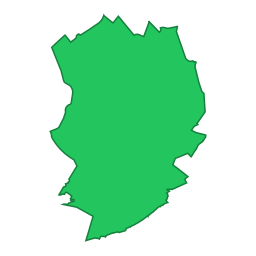 the district of Almelo, Overijssel, Netherlands
{"feature_id": "6326949B33573744184458", "entity_name": "Almelo", "entity_type": "district", "adm_level": 2, "iso_a3": "NLD", "parent_name": "Netherlands", "parent_adm1": "Overijssel", "projection": "orthographic", "projection_center": [6.653, 52.345], "detail": "fine", "context": "isolated", "style": "filled", "palette": "green", "viewbox_px": 256, "rotation_deg": 0, "n_neighbors": 0, "source": "geoboundaries", "source_scale": "gbopen_adm2", "svg_char_len": 5184}
<svg xmlns="http://www.w3.org/2000/svg" viewBox="0 0 256 256"><path d="M85.9,240.6L90.2,239.3L95.0,238.0L97.9,238.4L98.2,238.4L99.3,239.1L100.7,236.5L101.9,236.2L102.5,236.5L104.4,236.4L105.5,237.0L106.4,235.4L112.9,232.9L112.9,233.1L117.1,232.0L117.4,231.9L119.1,232.5L125.6,230.6L126.3,228.4L127.9,227.8L128.2,227.7L128.6,227.5L128.8,227.3L129.7,226.9L130.0,227.1L130.1,226.8L132.9,225.4L134.6,224.6L136.1,223.7L138.1,222.6L138.7,222.3L139.0,222.0L142.1,220.1L143.2,219.3L147.7,215.9L148.0,216.3L148.1,215.6L149.1,214.8L149.3,214.9L150.1,214.2L151.5,213.0L152.6,212.3L154.0,211.2L154.4,210.7L155.8,209.5L157.0,208.5L157.0,208.2L158.5,207.1L160.0,206.3L160.5,206.6L161.0,205.9L162.7,204.8L163.0,205.1L163.3,204.5L163.7,204.3L164.1,203.9L165.0,203.6L165.8,203.2L166.6,202.9L167.8,202.6L165.9,200.2L166.5,199.6L167.0,199.0L167.4,198.2L167.4,196.2L168.0,196.2L167.8,194.9L167.5,194.0L166.6,193.1L169.5,191.1L166.8,189.5L166.9,189.4L167.8,189.3L168.9,189.2L169.8,189.2L170.9,189.4L171.3,189.3L171.8,189.2L172.2,189.3L172.5,189.4L172.6,189.2L186.6,182.9L184.7,179.2L188.0,176.6L187.9,176.5L187.0,175.9L185.1,174.3L185.0,174.2L184.9,174.2L180.1,170.4L175.9,167.1L175.4,166.7L175.2,166.8L175.1,166.7L173.5,165.3L173.0,164.8L172.8,164.6L173.1,164.3L173.1,164.2L173.2,163.9L175.3,158.4L182.8,155.4L187.8,153.3L191.1,156.8L191.5,156.3L194.2,151.9L194.7,151.0L194.9,150.7L195.2,150.6L195.3,150.3L196.0,149.5L196.1,149.3L196.8,148.0L196.9,147.8L197.3,146.9L198.0,145.4L198.1,145.2L198.6,144.6L198.8,144.4L202.7,141.5L203.4,140.5L203.2,140.5L205.6,137.1L205.8,135.1L205.4,134.9L196.4,132.7L191.4,130.3L192.7,128.4L194.3,126.2L194.5,126.1L194.9,125.9L195.6,125.6L197.1,124.9L197.5,124.7L197.9,124.6L197.9,124.4L197.7,124.3L197.5,124.0L197.0,123.3L197.3,122.7L198.1,122.0L205.1,111.9L203.9,93.4L201.9,91.6L198.9,82.6L197.2,75.8L195.8,70.1L195.1,67.1L195.1,66.6L195.2,65.5L195.2,64.7L196.1,62.5L196.0,62.2L195.6,62.0L194.9,62.0L194.8,61.7L193.9,61.9L193.7,61.9L193.0,60.9L192.8,60.9L192.7,61.0L192.1,61.0L191.7,61.2L191.5,61.3L190.4,61.3L189.3,61.2L188.2,60.6L187.9,60.6L186.1,58.9L185.8,58.7L184.3,54.3L183.9,53.3L182.1,47.9L180.0,42.1L176.9,33.0L176.4,31.5L177.4,26.5L176.8,26.5L175.4,26.9L167.9,28.4L163.5,27.4L163.2,27.4L162.9,27.4L161.5,27.5L160.5,27.8L160.4,27.8L160.6,28.5L160.9,29.5L160.9,29.9L160.8,30.1L160.7,30.3L160.6,30.5L160.0,31.5L159.8,31.8L159.4,32.3L159.1,32.0L151.0,23.6L150.0,22.6L149.0,21.5L148.7,21.7L148.8,22.2L148.9,22.5L148.8,22.9L148.7,23.3L143.7,36.6L143.4,36.5L139.0,34.7L138.5,34.5L137.7,34.3L136.9,34.3L136.4,34.3L135.9,34.4L135.4,34.5L135.1,34.7L134.0,35.2L133.5,34.6L132.7,33.6L124.9,24.2L124.7,23.8L124.6,23.6L124.2,23.4L118.3,16.2L118.0,16.6L113.1,22.9L112.6,22.6L109.1,19.9L104.9,16.4L104.4,16.0L103.9,15.6L103.8,15.4L103.6,16.0L103.2,16.9L103.0,17.6L102.4,18.7L101.9,19.5L101.2,20.5L100.7,21.1L100.1,21.7L99.6,22.2L99.0,22.8L98.3,23.3L97.3,24.0L92.9,27.0L89.7,29.2L80.5,35.1L79.3,34.2L79.1,34.2L78.9,34.2L78.6,34.5L78.3,34.2L77.7,34.5L77.0,35.1L76.8,35.3L76.6,35.5L76.5,35.8L76.4,36.1L76.4,36.5L76.3,37.1L76.2,37.4L76.0,37.9L75.7,38.3L75.4,38.6L74.8,39.1L72.2,41.0L72.3,41.1L70.7,42.2L70.0,41.3L65.7,35.9L65.0,35.1L58.5,41.0L51.7,47.3L61.2,71.0L61.4,71.9L63.6,80.5L63.9,81.3L64.2,81.8L64.4,82.1L64.7,82.4L65.1,82.8L66.7,83.7L70.0,85.6L70.9,86.6L71.3,87.4L71.5,87.8L71.8,88.3L72.2,89.2L72.4,89.8L72.6,90.9L72.7,91.3L72.7,91.8L72.7,92.3L72.7,92.9L72.6,93.5L72.3,95.8L71.1,103.5L70.4,104.2L69.2,104.7L68.6,104.9L68.1,105.3L67.3,105.9L67.0,106.3L66.6,106.7L66.1,107.5L65.8,108.2L65.6,108.6L65.6,108.8L65.4,109.8L65.4,110.3L65.4,110.7L65.4,111.1L65.5,111.7L65.6,112.1L65.5,112.3L65.3,113.1L64.2,116.3L63.9,117.3L63.5,118.6L63.1,119.2L58.9,127.3L58.5,127.6L58.0,128.0L57.4,128.4L56.8,128.7L54.5,129.7L51.5,130.8L50.2,131.4L50.9,132.8L51.1,133.5L51.4,134.5L51.5,134.8L51.5,135.0L51.5,136.1L51.6,136.6L51.9,137.5L52.4,138.4L52.6,138.8L53.3,139.9L55.3,143.0L57.4,145.7L59.0,147.6L59.9,148.7L61.5,150.3L63.2,151.9L64.8,153.4L66.8,155.0L68.3,156.1L69.8,157.2L71.7,158.4L72.9,159.2L73.9,159.8L77.0,166.0L71.9,174.3L69.0,179.0L68.9,179.2L69.0,179.5L69.3,179.9L69.5,180.5L69.2,181.6L69.0,181.8L68.9,181.9L68.6,181.9L68.4,182.1L68.2,182.1L68.0,182.4L67.9,182.8L67.8,183.1L67.6,183.3L67.4,183.3L66.9,183.4L66.6,183.5L66.2,183.9L65.9,184.0L65.6,183.9L65.8,185.5L65.9,186.1L63.4,187.1L62.4,189.0L59.0,194.7L59.3,194.7L59.7,195.0L59.8,195.1L60.0,195.1L61.0,194.9L61.7,194.2L63.0,194.2L63.7,194.3L64.6,194.3L64.7,193.9L64.8,193.5L64.9,193.3L65.4,192.6L65.7,192.4L65.8,192.4L66.3,192.4L67.0,192.6L67.2,192.8L67.4,192.8L67.5,192.9L69.9,194.5L70.7,195.1L71.1,195.5L71.3,195.7L71.2,195.8L71.1,196.0L71.3,196.4L71.6,196.4L71.6,197.0L71.2,197.8L70.4,198.7L70.7,199.3L70.6,199.9L70.6,200.0L71.9,199.4L72.2,199.8L72.5,199.6L72.9,199.5L73.2,199.5L73.7,199.6L74.0,199.7L74.0,199.8L74.1,200.2L74.0,200.5L74.2,201.2L74.1,201.3L73.9,201.4L72.5,201.7L72.4,201.6L72.2,201.3L72.2,201.0L71.8,201.1L71.6,201.0L71.0,202.2L70.8,202.4L70.7,202.5L69.7,202.8L68.6,203.2L68.5,203.3L68.3,203.6L68.0,203.8L67.4,204.3L67.0,204.4L66.1,204.2L65.6,204.2L64.8,204.1L64.6,204.1L63.8,204.1L63.0,204.4L76.7,207.2L93.1,216.3L90.2,226.0L89.3,229.3L85.9,240.6Z" fill="#22c55e" stroke="#15803d" stroke-width="1.5"/></svg>